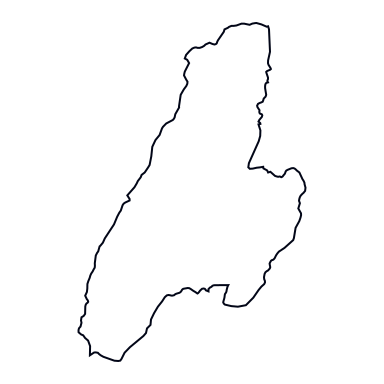 map outline of Tolima (Mercator projection)
{"feature_id": "COL-1402", "entity_name": "Tolima", "entity_type": "Department", "adm_level": 1, "iso_a3": "COL", "parent_name": "Colombia", "parent_adm1": "", "projection": "mercator", "projection_center": [-75.185, 4.102], "detail": "fine", "context": "isolated", "style": "outline", "palette": "ink", "viewbox_px": 384, "rotation_deg": 0, "n_neighbors": 0, "source": "natural_earth", "source_scale": "10m", "svg_char_len": 3890}
<svg xmlns="http://www.w3.org/2000/svg" viewBox="0 0 384 384"><path d="M293.9,238.1L293.2,240.1L284.5,247.9L278.9,251.6L277.3,253.5L276.1,255.3L274.6,258.3L273.5,259.5L272.6,260.0L271.7,260.2L271.0,260.8L270.2,262.2L269.6,263.5L269.8,265.0L270.1,266.2L270.2,267.5L269.7,268.6L268.0,270.5L266.7,271.2L265.4,272.3L264.6,273.9L264.0,277.2L264.2,279.2L264.9,280.9L265.0,282.4L264.2,284.1L261.4,286.6L258.6,290.0L253.3,297.7L245.9,305.2L237.9,306.7L231.3,306.1L224.9,304.6L223.8,303.6L223.2,302.3L223.6,300.7L224.1,299.0L224.5,297.3L224.8,294.8L225.0,294.0L226.1,292.4L226.5,291.2L226.7,289.8L227.5,286.7L228.3,285.1L214.5,285.2L213.4,285.4L212.4,285.8L211.5,286.8L209.9,287.6L208.5,289.1L208.5,291.4L205.8,290.3L205.5,289.6L204.8,288.8L203.6,288.5L202.0,288.8L200.0,290.7L199.0,292.1L198.0,293.2L197.4,293.5L195.3,292.0L193.4,290.9L190.7,289.0L189.3,288.2L187.8,288.0L183.8,288.7L183.1,288.9L182.2,289.6L181.3,291.1L180.5,292.1L179.4,292.8L176.7,293.6L175.4,294.1L174.1,295.2L172.5,295.6L171.3,295.6L169.9,295.2L168.4,295.0L166.8,295.4L164.8,297.2L162.1,301.4L157.9,306.7L154.1,313.1L151.0,319.5L150.5,324.9L147.0,328.4L146.0,333.0L143.4,336.0L129.9,347.2L124.6,352.7L121.5,358.9L120.3,360.6L118.3,361.0L114.4,360.7L103.4,356.8L100.7,355.3L98.9,353.9L97.9,352.8L95.8,352.4L94.1,352.5L89.9,355.3L90.1,346.1L88.1,340.6L85.1,338.0L83.2,335.3L81.2,334.5L78.6,332.3L78.5,330.8L78.7,329.2L79.2,328.0L80.5,326.6L81.5,322.8L81.0,320.4L81.5,317.3L83.7,315.9L85.1,313.9L85.3,306.3L85.8,304.5L86.6,303.4L87.6,302.7L88.2,301.8L87.8,300.4L86.8,299.1L85.2,295.7L86.9,292.0L87.3,288.6L87.4,284.0L88.3,281.2L89.7,277.8L90.3,275.6L91.2,273.6L92.7,271.4L93.6,269.5L94.7,267.7L94.9,265.9L94.8,263.2L95.8,255.5L97.1,252.9L98.2,251.4L99.6,246.4L100.3,245.8L102.8,242.8L103.2,242.0L104.8,238.4L114.0,224.4L117.2,216.7L119.3,212.7L120.8,210.6L122.6,205.2L123.7,203.6L125.3,202.5L129.6,200.5L129.6,199.0L127.3,195.4L134.5,187.2L136.8,183.3L137.8,181.1L140.7,177.3L141.6,174.9L144.7,172.5L148.0,167.6L149.6,165.0L151.3,156.3L152.3,146.8L155.5,140.0L159.6,135.0L162.0,128.4L163.0,126.8L166.2,123.5L172.8,120.0L173.7,119.0L174.6,117.5L175.3,114.2L179.1,107.5L179.0,106.4L180.7,94.8L183.8,89.4L186.3,86.0L187.3,83.8L187.5,81.7L186.2,79.6L184.0,75.4L184.3,73.6L184.8,71.6L189.1,63.1L187.2,59.8L184.8,58.5L186.1,54.9L189.3,51.3L192.3,48.5L194.4,47.6L196.0,47.4L197.7,47.9L199.6,47.9L202.2,47.0L204.2,45.8L205.5,44.5L209.5,42.7L212.5,44.0L214.5,44.5L215.8,44.1L216.6,43.5L216.9,42.9L217.1,42.1L217.9,40.4L223.8,31.8L224.5,29.4L227.9,27.8L229.0,26.9L231.4,25.9L233.4,25.9L236.4,25.5L241.4,23.7L244.3,23.7L249.6,24.8L252.3,23.6L255.2,23.1L256.4,23.0L261.4,24.4L266.7,26.7L268.1,26.3L269.0,29.3L270.0,51.8L268.1,60.4L268.0,63.2L268.5,64.8L270.5,68.0L270.9,69.0L270.2,69.7L267.0,71.1L266.2,71.9L266.4,72.8L268.0,77.6L268.0,79.1L267.5,80.2L267.4,81.2L268.0,82.4L266.3,82.9L265.4,84.2L265.1,86.0L265.1,88.1L266.2,94.8L265.6,96.6L263.7,98.6L263.3,100.1L262.7,101.7L261.3,102.4L259.6,103.0L258.0,103.9L257.1,105.7L257.5,107.2L259.5,110.2L259.5,110.6L259.4,111.2L259.3,111.9L259.5,112.9L260.1,113.7L261.1,114.0L261.9,114.4L262.3,115.4L261.8,117.0L259.4,119.8L258.5,121.6L260.2,123.0L260.4,123.9L258.5,124.4L260.4,130.4L260.2,136.0L258.7,141.3L248.9,163.2L248.3,167.3L249.8,168.8L252.8,168.6L256.8,167.7L259.8,167.4L263.2,166.8L263.4,168.4L266.6,170.1L267.2,170.5L268.1,172.5L270.4,171.8L275.0,175.9L276.5,176.4L278.1,176.8L279.6,176.5L280.4,176.7L281.2,177.2L282.0,176.9L282.7,176.4L283.8,174.9L284.5,174.2L285.0,173.4L285.7,171.4L286.4,170.5L287.7,169.8L291.4,168.3L292.8,168.1L293.6,168.1L295.0,168.8L295.8,169.5L296.9,170.6L299.4,172.5L302.5,179.2L303.4,180.5L304.4,182.6L304.6,184.3L305.5,187.7L305.1,190.9L303.4,193.0L302.6,193.6L300.7,195.6L299.8,197.3L299.3,199.0L299.0,200.8L299.9,203.2L298.3,208.5L301.0,213.3L301.1,215.1L300.5,217.6L299.3,221.1L295.6,227.8L293.9,238.1Z" fill="none" stroke="#020617" stroke-width="2"/></svg>